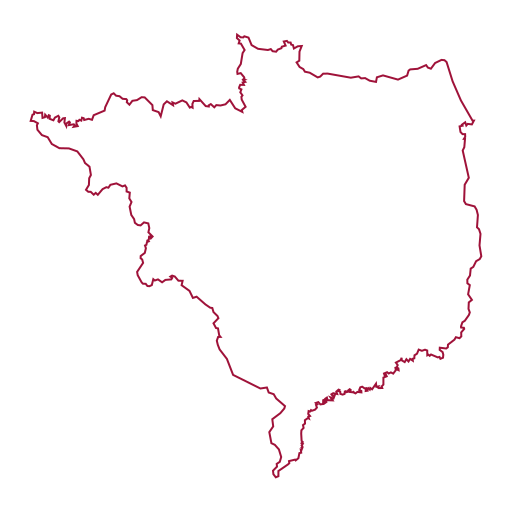 Ambatomainty, Melaky, Madagascar (Albers equal-area conic projection)
{"feature_id": "10022922B59098628147577", "entity_name": "Ambatomainty", "entity_type": "district", "adm_level": 2, "iso_a3": "MDG", "parent_name": "Madagascar", "parent_adm1": "Melaky", "projection": "albers", "projection_center": [45.384, -17.814], "detail": "fine", "context": "isolated", "style": "outline", "palette": "rose", "viewbox_px": 512, "rotation_deg": 0, "n_neighbors": 0, "source": "geoboundaries", "source_scale": "gbopen_adm2", "svg_char_len": 5970}
<svg xmlns="http://www.w3.org/2000/svg" viewBox="0 0 512 512"><path d="M440.4,358.8L443.0,357.7L443.3,354.8L442.6,352.1L439.7,349.9L439.8,347.7L446.2,348.5L447.8,347.3L448.0,344.6L454.4,339.7L455.9,337.2L459.5,338.2L461.3,336.4L461.2,332.4L464.2,328.9L463.9,327.8L461.1,327.5L461.0,326.4L462.4,322.3L464.8,320.8L468.9,315.0L469.8,312.4L468.5,308.9L468.8,302.4L471.9,299.9L468.1,294.3L469.8,285.1L467.4,283.3L467.3,279.7L470.0,275.5L470.7,268.6L473.3,266.9L476.1,261.2L479.7,259.1L481.3,256.3L479.5,245.4L480.5,233.9L479.0,229.2L477.0,227.3L477.9,215.0L476.6,209.8L474.6,206.4L465.9,204.1L464.1,201.1L464.7,184.7L468.8,177.8L462.7,150.5L464.3,147.2L465.0,139.0L463.9,138.9L465.2,136.9L465.1,134.1L462.5,134.1L460.5,132.0L459.6,126.4L462.5,125.7L461.9,124.7L465.2,122.3L466.3,125.5L467.7,123.9L471.9,124.4L473.9,120.6L472.5,120.6L460.9,100.4L452.6,81.3L446.6,62.1L444.5,60.2L441.5,59.9L435.1,63.0L430.9,68.7L427.9,67.6L426.1,65.1L417.7,68.8L410.2,69.4L408.6,70.6L407.1,75.6L398.0,79.6L383.0,75.4L376.9,77.3L376.0,81.9L369.7,80.7L365.1,78.1L361.2,78.4L358.6,76.4L350.8,77.7L327.7,73.6L323.1,73.7L320.2,76.6L317.7,77.4L309.7,72.7L304.9,71.7L303.3,69.1L299.6,67.0L296.6,62.4L299.3,60.7L299.5,51.6L301.7,46.0L297.8,46.3L293.9,48.5L293.0,45.1L291.2,44.6L290.6,42.5L288.2,42.5L286.9,40.9L283.8,41.5L285.6,45.6L281.8,46.7L281.4,48.2L277.8,49.6L276.1,51.7L272.6,51.2L270.8,49.1L267.9,50.0L258.0,48.8L251.6,45.1L248.5,37.6L244.3,36.3L243.3,37.4L240.7,37.3L237.1,34.7L236.9,38.1L239.6,40.5L238.7,43.4L240.9,43.6L244.6,50.0L242.6,53.1L240.8,64.0L237.8,68.7L237.2,71.8L237.5,73.9L240.7,73.1L244.1,77.2L244.4,78.2L243.3,79.3L244.5,79.7L243.3,80.1L245.2,81.9L242.7,82.5L243.9,84.9L240.2,84.8L239.1,87.4L239.2,88.4L241.4,89.4L240.3,92.3L242.5,95.4L241.4,96.8L241.7,99.6L245.6,106.8L241.8,110.0L242.3,111.9L235.2,108.3L229.8,99.9L225.5,104.3L220.5,105.5L216.3,105.1L214.3,107.3L210.8,104.1L208.8,105.3L208.8,106.5L205.7,106.1L199.4,99.1L199.2,100.9L193.7,101.0L192.4,103.9L192.6,107.7L191.1,106.9L189.8,107.6L186.4,102.4L182.3,100.4L175.4,103.7L172.5,102.4L173.0,105.2L166.9,101.3L163.7,104.4L160.7,116.3L158.6,112.1L152.8,110.1L152.4,105.1L144.7,97.4L141.6,97.2L137.0,100.1L132.4,100.8L129.4,104.7L126.8,102.2L127.2,100.3L126.3,99.1L122.6,98.8L119.5,96.2L116.1,95.7L113.7,93.3L111.2,94.5L105.2,107.2L104.6,110.6L93.7,115.2L92.0,119.8L88.7,118.8L84.2,120.0L83.7,118.2L82.0,117.7L81.3,120.6L79.4,119.8L78.4,121.1L76.5,120.8L76.4,123.5L77.7,126.1L73.7,126.8L74.8,125.2L73.8,124.3L68.8,125.1L69.9,122.4L69.1,121.6L66.4,123.5L66.2,125.9L64.4,122.5L64.9,118.1L63.1,118.3L59.2,122.1L58.4,121.3L59.3,117.4L58.3,115.8L54.9,117.6L53.4,120.3L49.6,118.8L49.8,115.7L48.8,115.2L47.7,117.5L45.2,114.7L44.9,117.2L42.5,117.9L42.1,112.6L37.3,113.1L34.2,111.7L34.0,114.2L32.5,114.7L30.7,120.9L33.9,121.1L37.9,123.3L36.9,125.2L37.4,129.7L41.9,135.1L47.7,137.2L51.8,144.0L59.4,148.2L68.9,148.4L77.3,151.4L83.4,159.3L85.0,163.0L89.5,166.7L90.9,175.0L89.2,178.2L88.9,185.0L86.0,189.8L88.3,191.8L90.7,191.8L93.7,194.7L95.7,192.9L97.8,194.8L102.6,189.1L106.3,187.2L108.4,187.7L110.4,184.8L116.4,183.4L122.5,186.4L125.0,185.4L126.6,187.8L126.6,191.5L129.8,192.6L129.3,198.4L131.5,202.0L129.6,206.6L131.3,215.0L134.1,219.1L134.9,222.8L137.8,225.0L140.6,225.4L144.0,222.4L148.3,223.4L149.3,228.1L148.4,232.3L152.6,236.5L150.9,238.3L150.0,236.4L149.1,236.6L148.8,239.8L147.6,240.4L148.6,241.4L147.0,242.0L146.4,244.8L145.0,245.5L145.9,248.2L144.8,252.9L140.7,256.0L140.6,258.2L142.2,259.5L143.1,262.9L137.1,271.9L137.7,275.2L141.6,282.3L142.9,283.7L145.7,283.8L147.4,286.0L149.4,286.2L151.8,285.1L153.3,279.2L154.8,280.5L158.0,279.4L162.1,282.3L165.4,279.9L171.3,279.4L172.2,277.9L170.4,276.6L172.1,275.6L174.8,276.5L178.4,280.7L182.6,280.8L181.6,285.2L189.5,290.9L192.9,297.9L196.6,296.7L205.4,304.4L210.2,307.7L212.3,308.0L213.5,312.1L217.5,316.0L218.4,318.2L213.5,323.3L216.0,328.0L218.0,328.4L219.2,335.3L220.5,336.9L218.1,337.0L216.8,340.7L217.8,344.8L219.6,349.4L226.9,358.9L233.1,374.9L260.4,388.5L266.9,387.5L268.7,392.5L273.7,394.2L276.2,398.5L285.0,406.1L284.3,408.5L280.3,413.2L272.3,419.2L273.2,426.4L269.3,432.1L271.4,443.2L274.8,444.8L278.9,449.4L281.2,457.0L279.8,461.8L276.7,463.9L277.0,466.6L273.0,470.7L273.4,474.2L275.8,477.3L278.4,476.2L278.4,471.0L288.0,464.4L289.3,463.2L289.0,461.1L295.1,459.6L295.7,460.4L298.4,458.2L299.4,453.1L301.2,452.7L300.8,449.7L301.5,450.0L302.4,447.7L301.7,447.4L302.4,446.4L301.6,445.3L302.8,443.8L301.6,443.1L302.7,442.0L301.6,440.9L301.2,433.5L301.4,430.3L303.6,427.9L303.0,425.1L305.0,423.6L304.9,420.2L308.0,418.0L308.9,418.5L308.3,416.6L310.0,416.0L308.2,413.9L308.6,411.1L309.9,411.6L311.0,410.1L311.8,410.8L315.0,409.7L316.9,407.6L316.0,404.9L317.2,404.4L315.8,403.0L318.3,402.1L320.4,404.4L323.1,404.0L323.2,400.2L324.7,399.6L324.7,401.6L323.8,401.9L324.3,403.5L326.4,402.0L325.3,398.7L326.9,397.6L327.6,400.2L332.6,400.4L330.5,397.4L333.5,398.5L334.7,395.4L332.6,395.9L331.4,394.3L333.2,393.2L337.2,394.0L336.3,391.6L338.6,389.6L339.3,389.9L338.4,391.1L340.2,391.6L340.4,393.9L342.6,394.6L344.5,394.0L344.8,391.5L345.7,391.2L345.9,392.3L348.6,391.6L348.1,390.5L349.7,389.2L350.7,390.0L350.1,392.0L352.7,392.3L354.0,391.3L353.4,392.4L355.5,393.4L357.4,391.9L361.4,392.4L361.3,390.9L359.2,390.0L360.3,387.3L362.2,386.7L364.6,388.4L366.0,388.2L365.7,391.0L367.6,390.7L367.2,389.2L368.2,388.1L369.8,389.6L370.3,388.0L372.1,389.3L376.0,383.7L376.3,386.7L378.4,386.4L377.7,387.4L378.8,388.1L382.2,388.0L381.6,386.5L383.4,384.6L383.4,377.6L386.7,376.3L385.8,374.4L384.6,375.3L384.0,373.5L387.1,372.2L388.7,373.5L390.9,372.4L393.2,373.6L395.8,370.2L395.3,366.9L396.4,369.2L398.6,370.2L398.4,368.4L396.7,367.3L397.7,365.1L395.9,362.6L400.7,360.1L401.6,357.8L401.7,360.3L404.7,362.1L406.4,359.2L408.5,361.5L410.1,358.9L412.8,360.7L412.6,358.8L414.3,358.3L414.5,355.3L417.0,353.7L418.7,349.6L421.9,350.8L425.0,349.7L427.2,350.5L427.3,355.3L428.5,354.7L429.7,355.8L431.0,354.5L437.8,357.4L439.5,356.9L440.4,358.8Z" fill="none" stroke="#9f1239" stroke-width="2"/></svg>